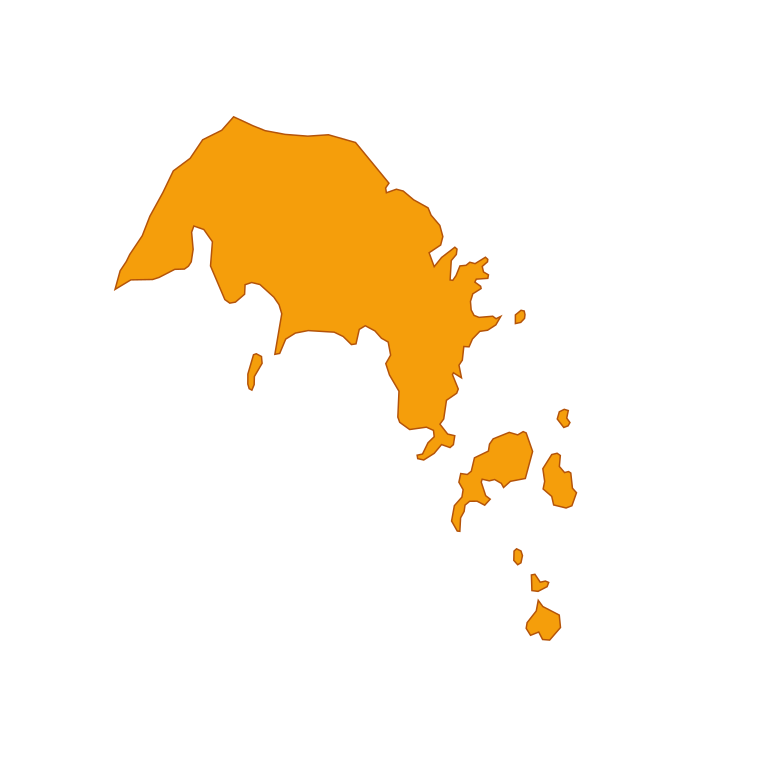 Cholsan, P'yŏngan-bukto, North Korea, rotated 323°
{"feature_id": "82179303B45759472884401", "entity_name": "Cholsan", "entity_type": "district", "adm_level": 2, "iso_a3": "PRK", "parent_name": "North Korea", "parent_adm1": "P'yŏngan-bukto", "projection": "natural_earth1", "projection_center": [124.652, 39.648], "detail": "fine", "context": "isolated", "style": "filled", "palette": "amber", "viewbox_px": 768, "rotation_deg": 323, "n_neighbors": 0, "source": "geoboundaries", "source_scale": "gbopen_adm2", "svg_char_len": 3230}
<svg xmlns="http://www.w3.org/2000/svg" viewBox="0 0 768 768"><g transform="rotate(323 384 384)"><path d="M414.5,82.2L407.1,83.7L386.2,79.8L365.0,87.1L344.0,87.0L322.7,98.0L298.0,109.1L280.2,120.1L259.0,127.5L251.9,131.1L241.4,134.8L226.1,146.6L244.5,148.5L262.1,161.3L268.4,163.5L285.9,166.5L293.8,172.1L298.8,172.2L303.6,170.4L312.6,161.6L321.7,147.0L327.2,143.4L333.1,152.2L332.6,167.1L316.5,185.3L307.7,220.8L309.5,226.6L314.6,229.2L322.4,228.7L326.7,228.4L332.8,221.1L339.4,223.3L344.8,229.9L348.3,248.3L347.9,257.5L344.6,266.4L314.7,294.6L319.1,296.8L332.5,289.0L343.9,290.0L355.6,295.7L370.1,308.1L375.4,312.6L380.0,321.5L381.7,332.9L385.8,335.1L397.1,325.5L404.1,326.2L408.7,336.1L409.5,345.9L412.6,353.0L406.7,364.9L397.7,368.8L393.8,380.1L391.6,398.8L375.1,418.8L373.5,424.0L374.0,425.8L377.1,435.8L391.9,444.0L395.6,450.8L392.4,456.3L383.8,457.4L372.6,463.1L367.6,460.8L366.0,463.9L370.0,468.6L382.4,469.6L393.5,467.0L398.5,474.5L402.9,474.2L409.4,467.9L404.7,462.3L404.5,449.7L410.6,447.9L424.1,434.6L426.9,434.7L436.5,435.1L440.3,432.7L444.3,417.7L446.2,416.8L449.6,425.7L455.2,414.1L460.9,412.1L470.3,402.1L474.3,405.5L481.7,401.3L492.2,399.6L499.1,403.4L508.9,404.1L517.9,400.3L512.8,399.3L511.6,395.3L500.0,388.0L497.2,383.4L498.2,377.3L502.8,370.0L505.1,368.4L509.2,365.4L519.0,366.2L520.0,364.1L517.9,357.3L520.8,355.8L530.5,362.1L533.1,359.7L530.9,354.4L533.2,349.2L540.2,348.7L541.9,346.9L541.3,343.8L529.2,342.7L525.8,338.4L521.0,338.6L515.7,335.4L506.7,340.8L501.3,342.6L499.4,340.7L512.0,325.9L519.7,324.1L523.5,320.2L522.9,317.4L506.1,317.6L500.3,319.1L494.7,320.5L499.0,306.3L512.9,307.1L519.7,301.7L524.0,291.0L523.2,277.5L525.2,269.9L518.5,254.7L515.5,241.5L511.1,235.9L501.0,232.7L503.3,228.4L508.8,226.6L506.6,174.0L489.6,151.5L472.3,140.2L455.2,125.1L441.5,110.1L434.7,98.8L424.7,80.1L414.5,82.2ZM454.9,498.0L438.2,493.5L432.1,495.5L427.0,500.4L411.8,497.4L401.2,506.2L396.1,506.4L391.4,501.7L384.7,507.5L383.6,516.0L378.2,521.2L367.0,523.5L355.5,534.1L354.0,545.5L355.9,547.3L364.6,537.0L371.3,534.0L375.8,529.5L381.8,529.2L387.8,533.6L391.5,541.4L399.5,539.9L398.0,534.4L402.6,520.9L405.1,519.1L409.8,524.7L414.9,526.9L417.9,534.0L417.2,538.6L426.4,537.8L440.0,544.5L462.1,527.3L466.3,514.2L468.1,508.6L466.5,505.8L460.2,505.1L454.9,498.0ZM472.3,586.7L471.8,580.6L479.6,567.5L478.7,565.0L474.9,563.4L474.4,555.4L481.8,547.2L480.6,543.5L475.5,541.3L459.9,547.2L453.7,558.5L447.9,563.6L450.3,574.7L446.7,582.7L454.8,592.6L460.8,594.3L472.3,586.7ZM378.4,684.7L384.9,674.0L376.9,657.3L377.0,649.6L369.0,656.9L354.7,660.7L350.5,664.7L349.8,672.9L358.3,675.2L356.9,683.5L362.2,688.2L378.4,684.7ZM279.9,306.4L285.0,300.0L299.1,294.1L302.7,288.3L300.2,283.0L297.4,282.1L281.3,294.1L275.2,302.1L273.5,306.6L274.8,309.4L279.9,306.4ZM396.1,641.6L394.3,638.5L389.5,636.3L390.0,626.8L386.8,625.2L377.8,638.0L382.2,642.3L392.3,644.0L396.1,641.6ZM509.3,526.7L509.4,521.2L515.2,516.1L512.7,512.7L507.3,511.7L501.3,516.2L501.4,526.9L505.8,528.2L509.3,526.7ZM391.3,604.4L392.9,599.8L390.7,595.4L387.3,595.7L381.5,603.0L382.0,608.8L385.8,609.2L391.3,604.4ZM535.7,416.2L538.3,413.5L539.9,410.1L537.8,407.6L530.5,407.9L525.3,414.8L530.3,417.1L535.7,416.2Z" fill="#f59e0b" stroke="#b45309" stroke-width="1.5"/></g></svg>